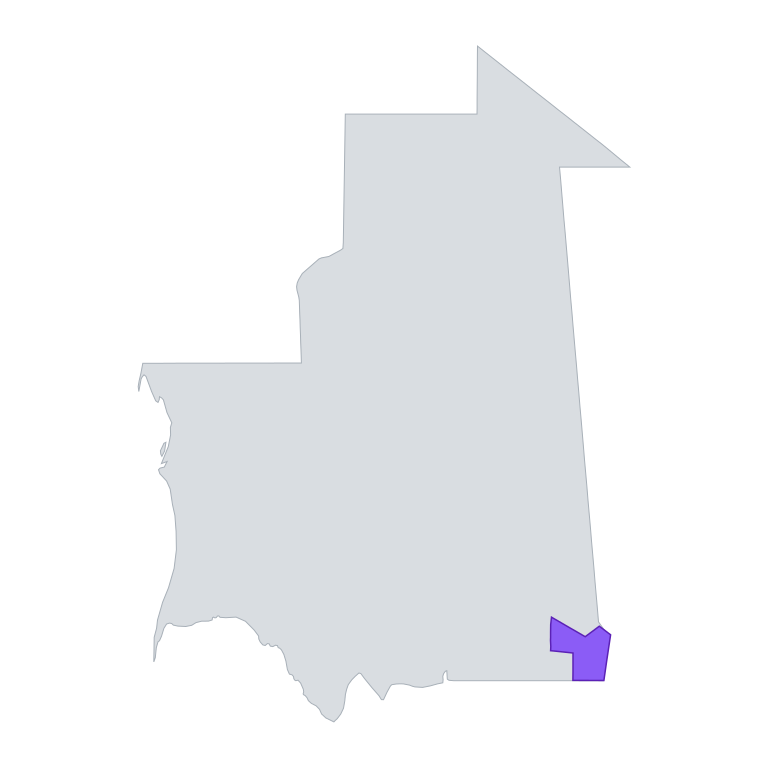 Basseknou, Hodh ech Chargui, Mauritania (highlighted)
{"feature_id": "47542326B79518958456259", "entity_name": "Basseknou", "entity_type": "district", "adm_level": 2, "iso_a3": "MRT", "parent_name": "Mauritania", "parent_adm1": "Hodh ech Chargui", "projection": "equal_earth", "projection_center": [-6.334, 16.078], "detail": "fine", "context": "in_parent", "style": "filled", "palette": "violet", "viewbox_px": 768, "rotation_deg": 0, "n_neighbors": 0, "source": "geoboundaries", "source_scale": "gbopen_adm2", "svg_char_len": 3581}
<svg xmlns="http://www.w3.org/2000/svg" viewBox="0 0 768 768"><path d="M326.8,718.4L325.9,718.0L321.6,714.0L319.5,709.3L316.1,705.8L311.4,703.4L308.4,700.7L307.0,697.7L305.2,695.6L303.4,694.6L303.2,693.5L303.7,692.0L303.3,689.2L300.6,683.0L298.0,680.2L295.8,680.7L294.5,679.9L293.8,678.5L293.5,676.5L292.0,674.8L289.4,674.1L287.4,669.5L285.9,661.1L283.9,654.5L281.4,649.8L279.6,648.1L278.3,647.7L277.9,647.0L277.5,645.6L275.5,645.2L272.8,646.6L270.3,646.1L269.1,643.8L267.4,643.6L265.2,645.5L262.8,644.9L260.2,641.9L258.8,639.0L258.6,636.0L254.2,630.1L245.5,621.3L236.1,617.1L225.8,617.7L220.0,617.3L218.8,615.9L217.5,616.0L216.2,617.6L214.9,617.9L213.4,617.1L212.5,617.7L212.1,620.0L208.5,621.1L201.6,621.2L196.0,622.6L191.7,625.3L185.7,626.5L177.9,626.1L173.3,625.1L171.7,623.5L169.5,623.1L166.6,624.0L163.9,628.3L161.5,636.2L159.5,640.7L158.0,641.8L156.3,647.7L155.3,657.6L153.8,661.9L154.2,637.3L156.6,628.2L157.5,620.1L162.6,602.3L168.5,587.8L174.1,568.5L176.4,549.8L176.1,531.6L174.9,515.4L172.5,504.6L170.2,489.1L166.6,481.0L159.9,473.8L158.5,469.7L160.1,468.1L164.3,467.1L167.1,461.5L161.4,463.6L168.3,446.6L170.6,435.0L170.4,427.4L171.8,422.8L167.0,412.6L163.4,399.8L161.5,397.8L159.5,396.7L159.2,399.7L158.0,402.4L155.7,400.8L151.6,391.5L146.0,376.4L144.0,374.8L142.2,376.9L141.1,378.9L138.8,391.5L138.2,386.5L139.2,380.6L140.9,373.4L142.8,363.3L148.0,363.3L157.2,363.3L175.6,363.2L184.8,363.2L203.2,363.2L212.4,363.2L230.9,363.1L240.1,363.1L258.5,363.1L267.7,363.1L286.1,363.0L295.3,363.0L301.4,363.0L301.2,355.9L301.0,350.2L300.7,342.6L300.5,335.0L300.2,327.4L300.0,320.3L299.7,313.2L299.5,306.6L299.3,300.5L298.8,297.1L297.0,290.2L296.6,286.7L297.2,283.1L298.6,279.7L302.3,273.5L307.8,268.7L314.1,263.2L318.9,259.0L321.4,257.9L328.8,256.5L334.7,253.3L340.5,250.2L342.9,248.5L343.3,242.7L345.3,114.1L373.3,114.1L380.7,114.1L432.2,114.1L439.6,114.1L477.0,114.1L477.1,108.1L477.1,99.4L477.2,87.6L477.3,75.7L477.4,54.8L477.5,46.1L484.8,51.9L499.5,63.5L506.9,69.4L521.7,81.0L536.5,92.7L551.3,104.3L558.7,110.2L566.2,116.0L573.6,121.9L581.0,127.7L595.9,139.5L602.2,144.4L611.8,152.3L620.7,159.7L629.8,167.1L615.9,167.1L597.3,167.1L584.7,167.1L571.7,167.1L559.5,167.1L560.6,179.2L561.7,192.5L562.8,205.7L563.9,219.0L565.1,232.2L568.5,272.1L569.6,285.4L570.7,298.8L571.9,312.1L573.0,325.5L575.3,352.2L576.5,365.6L577.6,379.0L578.8,392.5L579.9,405.9L581.1,419.3L583.4,446.3L584.5,459.8L585.7,473.2L586.9,486.7L588.0,500.3L589.2,513.8L590.4,527.3L591.5,540.9L593.9,568.0L595.0,581.6L596.2,595.1L597.4,608.7L598.5,621.9L603.4,628.8L609.5,637.6L607.7,649.9L605.6,664.6L603.3,680.7L586.4,680.7L569.7,680.7L528.1,680.7L519.8,680.7L478.2,680.7L469.9,680.7L453.8,680.7L449.0,680.3L447.3,679.1L446.8,670.7L445.3,671.3L443.6,673.7L442.8,676.4L443.1,679.8L442.8,682.8L437.4,683.9L430.2,685.9L422.6,687.4L414.9,686.9L412.3,686.2L409.5,685.1L403.4,683.9L400.1,683.8L396.2,684.0L391.7,684.7L390.3,686.2L386.9,692.4L383.5,699.7L381.4,699.6L379.0,695.7L372.4,688.2L364.5,678.5L360.9,673.6L358.9,673.0L355.1,676.4L351.8,679.8L348.3,684.6L346.7,689.1L345.4,694.5L344.8,700.8L343.5,708.2L340.7,714.1L337.3,718.6L334.9,720.8L333.9,721.9L326.8,718.4ZM164.6,451.0L161.9,456.3L160.8,454.2L160.4,450.8L162.8,445.8L163.9,443.3L165.9,442.3L164.6,451.0Z" fill="#d9dde1" stroke="#a8b0b8" stroke-width="1"/><path d="M572.9,680.4L603.9,680.5L606.5,662.2L610.6,634.8L599.3,626.2L585.2,636.7L569.6,627.7L551.5,617.2L550.7,624.6L550.6,632.1L550.6,637.5L550.5,640.2L550.8,646.4L550.7,649.1L550.6,650.7L553.9,651.0L573.0,653.0L573.0,671.7L572.9,680.4Z" fill="#8b5cf6" stroke="#5b21b6" stroke-width="1.5"/></svg>